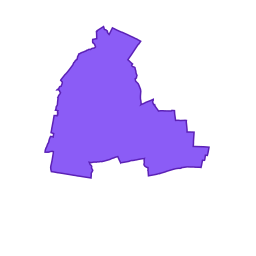 Oltenesti, Vaslui, Romania, rotated 124°
{"feature_id": "2599482B69847622233243", "entity_name": "Oltenesti", "entity_type": "district", "adm_level": 2, "iso_a3": "ROU", "parent_name": "Romania", "parent_adm1": "Vaslui", "projection": "robinson", "projection_center": [27.897, 46.604], "detail": "fine", "context": "isolated", "style": "filled", "palette": "violet", "viewbox_px": 256, "rotation_deg": 124, "n_neighbors": 0, "source": "geoboundaries", "source_scale": "gbopen_adm2", "svg_char_len": 5667}
<svg xmlns="http://www.w3.org/2000/svg" viewBox="0 0 256 256"><g transform="rotate(124 128 128)"><path d="M190.1,130.7L189.3,131.2L188.6,131.6L188.4,131.6L186.2,133.1L185.9,133.3L185.6,133.3L184.4,133.3L183.9,133.4L183.3,133.4L182.9,133.5L182.5,134.0L181.7,135.7L181.4,136.0L180.6,136.3L180.2,136.6L179.9,137.0L179.6,137.7L179.6,138.5L179.3,139.2L178.1,141.0L177.3,139.1L176.7,138.7L176.2,138.0L175.4,137.4L175.0,136.7L174.3,135.7L173.9,135.0L173.2,134.5L172.7,133.7L172.3,133.1L171.3,132.3L170.6,131.0L170.4,130.7L169.8,130.3L169.6,130.2L169.4,129.9L169.2,129.6L168.3,128.9L164.3,125.5L162.2,124.3L160.7,123.0L159.6,122.4L157.4,120.5L159.0,118.0L161.0,114.6L160.9,114.6L160.5,114.1L155.2,108.6L154.1,107.9L152.9,106.8L152.3,105.9L151.3,104.8L150.7,104.3L149.8,103.3L148.0,101.6L145.7,99.2L144.9,98.2L144.5,97.5L144.4,97.4L144.2,97.3L145.9,96.5L147.0,95.6L147.5,95.2L147.9,95.0L149.2,94.5L149.4,94.2L149.7,93.9L149.9,93.5L150.2,92.7L150.2,92.1L150.2,90.7L150.0,90.1L149.6,89.4L149.8,89.2L150.4,88.8L151.3,88.1L152.1,87.8L152.5,87.2L156.2,84.3L150.7,78.7L148.2,76.6L148.3,76.5L148.3,76.4L148.2,76.2L147.8,76.0L147.2,75.6L143.1,72.2L142.9,72.1L142.7,72.1L137.1,67.5L135.5,66.1L134.6,65.2L133.2,63.6L132.7,62.8L132.1,62.0L131.7,61.6L131.3,61.7L131.2,61.8L131.2,62.1L130.8,61.3L130.3,60.7L127.1,57.2L125.2,54.1L124.5,53.1L123.5,51.6L123.0,50.6L122.6,49.9L120.7,47.0L120.4,46.4L120.2,46.1L119.9,45.4L117.8,46.2L113.1,48.2L112.3,46.9L112.0,46.5L110.8,46.9L107.3,48.6L106.9,47.9L106.4,46.9L103.6,47.9L98.6,50.1L99.2,51.2L101.2,54.7L105.3,61.2L106.8,63.6L104.2,65.1L102.4,66.3L94.5,70.9L95.4,72.4L98.3,76.8L96.4,78.1L94.8,79.4L90.5,83.0L89.6,83.6L89.1,83.8L89.4,84.5L90.2,85.6L92.2,88.3L92.6,88.9L92.9,89.5L93.2,90.1L93.6,90.8L95.1,92.8L90.2,97.2L87.6,99.2L88.9,101.5L89.2,101.5L89.4,101.5L90.0,102.1L90.8,103.3L93.6,107.6L94.1,108.6L95.3,110.4L95.7,110.9L96.1,111.3L96.5,111.9L96.7,112.0L96.9,112.2L96.3,113.6L95.7,115.3L95.1,116.9L94.9,117.5L94.7,117.9L94.3,118.2L94.1,118.5L93.7,119.0L94.3,119.6L94.1,120.0L93.8,120.5L93.4,121.2L93.0,121.6L92.8,122.0L92.6,122.2L92.3,122.4L91.4,122.5L90.7,122.7L90.1,123.1L92.7,124.7L96.8,127.6L99.1,128.7L99.2,129.0L100.2,129.5L100.8,130.0L101.4,130.3L100.7,130.4L99.9,131.2L98.1,132.7L97.5,133.4L96.7,134.1L94.5,135.6L90.3,138.0L89.7,138.6L88.9,139.3L88.7,139.6L87.9,140.8L87.6,141.2L86.5,142.8L85.6,144.3L85.1,146.8L85.0,147.6L84.8,148.0L83.1,149.6L82.1,149.1L81.9,149.0L81.6,149.1L80.9,149.5L79.5,149.9L79.3,150.0L78.8,150.9L77.8,152.2L76.4,153.4L74.9,155.2L74.2,155.8L74.0,156.2L74.1,157.3L74.3,157.8L74.5,158.6L74.4,159.1L74.3,159.6L74.1,160.0L73.8,160.1L72.4,160.0L72.1,162.5L71.7,164.6L71.5,166.3L64.9,166.2L54.1,166.3L52.7,166.2L52.3,166.0L49.0,166.0L49.2,168.3L49.3,168.8L49.3,170.3L49.7,172.1L49.9,174.1L50.4,177.0L51.0,181.2L51.4,183.4L51.9,186.4L52.2,187.1L52.3,187.7L53.1,192.4L53.4,195.1L53.6,196.1L53.7,196.9L61.1,195.9L61.1,196.0L61.0,196.3L60.4,198.0L60.3,198.3L60.2,198.6L60.0,198.8L59.7,198.9L59.3,199.1L59.1,199.4L59.1,199.8L59.2,200.2L59.2,200.3L59.0,200.7L59.1,201.6L59.3,202.0L59.4,202.4L59.4,202.7L59.3,203.0L58.5,203.8L57.6,205.0L64.7,208.1L65.2,207.7L65.7,208.1L67.2,206.9L71.4,203.9L74.3,206.8L75.3,206.2L76.1,205.7L77.0,204.9L77.0,204.7L76.8,204.5L76.8,204.3L76.9,204.0L77.0,203.9L77.2,202.9L77.4,202.4L78.9,200.3L79.0,200.3L79.5,200.3L80.1,200.5L80.5,200.7L80.7,200.9L80.9,200.9L81.1,201.1L81.3,201.5L81.6,201.8L82.1,202.3L82.8,202.7L83.0,202.8L83.5,202.8L84.0,203.1L84.4,204.0L84.5,204.2L84.8,204.5L85.6,204.8L85.9,205.0L86.2,205.2L86.5,205.6L87.1,205.8L87.4,205.8L87.9,206.2L88.4,206.4L88.7,206.8L88.9,206.9L90.2,207.6L90.5,208.0L91.2,208.5L91.4,208.5L91.9,208.8L92.4,209.3L93.0,209.3L93.4,209.7L94.1,210.2L94.3,210.2L94.9,209.9L96.8,209.7L97.2,209.6L97.5,209.5L97.9,209.2L99.2,208.8L99.7,208.6L100.2,209.1L100.5,209.1L100.9,209.1L101.2,209.1L101.8,209.3L102.1,209.4L102.7,209.2L103.4,209.2L104.0,209.5L104.6,209.4L105.8,209.2L106.2,209.0L110.7,209.2L115.3,209.5L118.4,209.9L118.5,210.0L118.9,210.1L125.8,210.6L126.1,210.5L126.1,210.1L126.5,209.1L126.5,208.5L126.6,208.3L126.9,208.0L127.5,207.6L128.9,207.2L130.8,206.8L131.7,207.6L131.9,207.7L132.9,207.7L133.5,207.5L134.2,207.5L134.7,207.7L135.0,207.7L135.8,208.2L136.0,208.2L135.7,207.9L135.5,207.7L135.5,207.4L135.3,207.1L135.2,206.8L135.2,206.4L135.3,206.0L135.3,205.8L135.5,205.5L135.6,205.3L136.1,204.9L136.2,204.5L136.2,203.9L137.1,203.5L137.4,203.5L138.1,203.5L138.7,203.6L140.1,203.6L141.3,203.3L142.0,203.3L142.1,202.9L143.4,202.2L143.5,202.1L145.3,201.2L148.3,199.5L148.8,199.4L150.5,199.4L151.3,199.0L152.5,198.4L153.8,198.1L153.6,197.8L153.2,196.8L152.9,195.7L153.4,195.7L154.9,194.9L154.8,194.7L154.7,194.6L155.4,194.1L156.1,193.9L156.5,193.6L156.8,193.9L157.5,193.6L157.7,193.9L158.0,194.7L158.0,194.8L159.0,196.2L161.0,195.3L161.7,195.0L162.6,194.6L163.1,194.3L166.2,193.0L167.6,192.4L169.4,191.6L170.2,191.3L173.2,189.9L173.8,189.7L174.9,189.2L174.4,187.5L174.4,187.1L174.2,186.5L177.2,185.1L177.2,185.6L177.3,185.7L177.5,185.8L177.6,186.0L178.0,186.8L178.3,187.5L180.5,187.1L181.4,186.9L182.1,186.6L182.5,186.5L183.2,186.2L183.7,185.9L184.0,185.9L184.9,185.7L185.4,185.6L185.7,185.7L186.5,185.6L187.6,185.3L189.1,184.9L190.5,184.8L190.9,184.7L191.7,184.4L192.4,184.3L193.4,183.8L194.4,183.3L193.7,182.1L192.4,180.3L192.0,179.9L191.3,179.5L190.3,178.5L189.7,177.7L189.4,177.0L189.3,176.7L189.5,176.6L190.6,175.9L197.6,172.7L199.6,171.9L201.0,171.3L202.0,171.0L203.9,170.1L205.6,168.7L206.1,168.1L206.4,167.9L206.9,167.2L207.0,167.1L205.9,164.9L204.3,161.1L203.8,160.3L203.5,159.6L202.0,156.4L199.3,150.5L197.6,146.7L196.7,144.9L195.9,142.9L195.0,141.2L193.9,138.8L190.1,130.7Z" fill="#8b5cf6" stroke="#5b21b6" stroke-width="1.5"/></g></svg>